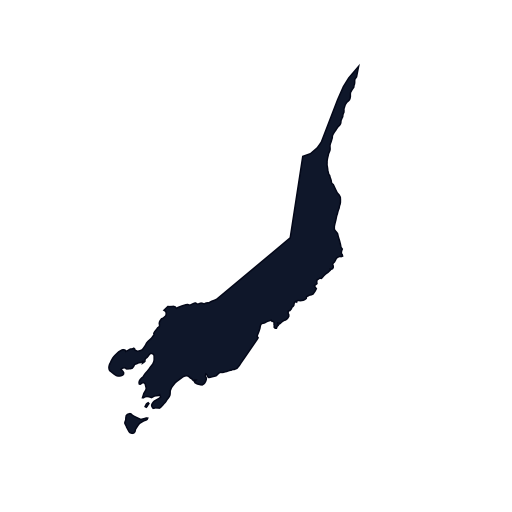 outline of Cândido Mendes, Maranhão, Brazil, rotated 209°
{"feature_id": "56859067B23777236022045", "entity_name": "Cândido Mendes", "entity_type": "district", "adm_level": 2, "iso_a3": "BRA", "parent_name": "Brazil", "parent_adm1": "Maranhão", "projection": "equal_earth", "projection_center": [-45.636, -1.694], "detail": "fine", "context": "isolated", "style": "filled", "palette": "ink", "viewbox_px": 512, "rotation_deg": 209, "n_neighbors": 0, "source": "geoboundaries", "source_scale": "gbopen_adm2", "svg_char_len": 6038}
<svg xmlns="http://www.w3.org/2000/svg" viewBox="0 0 512 512"><g transform="rotate(209 256 256)"><path d="M184.1,294.3L182.8,296.0L181.1,296.8L180.2,297.9L181.5,299.2L182.6,299.4L183.6,301.9L183.9,303.9L185.0,304.4L185.9,304.8L186.6,305.7L188.1,307.5L189.1,308.5L190.2,309.7L192.8,312.2L193.7,313.1L194.5,314.0L195.5,315.1L196.7,315.7L199.1,316.6L200.4,317.3L201.8,319.8L202.6,322.3L203.6,326.1L204.9,330.2L205.3,332.4L205.8,334.1L206.2,335.9L206.5,338.1L207.3,340.4L207.6,342.2L208.2,343.9L209.5,346.3L210.7,348.2L212.7,349.6L215.7,350.7L218.6,352.7L221.6,354.9L223.0,355.9L224.6,356.2L225.5,356.7L226.8,358.4L227.9,359.5L229.0,360.4L230.7,362.2L232.0,362.7L232.7,363.5L233.6,364.5L234.7,365.6L235.3,366.6L236.8,368.6L237.5,369.4L238.2,370.4L239.0,372.0L239.7,373.2L240.5,375.2L241.1,377.1L241.6,379.0L242.1,380.5L242.5,384.0L243.0,385.4L244.9,388.5L245.4,390.3L245.7,392.4L246.6,396.4L247.3,397.8L247.6,399.1L247.6,401.0L247.5,402.6L247.2,405.0L247.2,406.3L247.0,407.7L246.9,409.0L246.5,410.1L246.2,411.4L246.2,412.8L246.6,414.1L247.3,415.6L247.6,418.0L247.7,419.9L248.4,421.5L248.7,422.7L248.8,424.3L249.4,425.6L250.4,427.2L251.3,431.6L251.2,433.2L251.1,434.5L250.3,436.6L250.0,438.0L250.2,439.5L250.8,441.3L252.0,443.4L252.6,444.8L252.6,446.2L252.6,447.9L252.5,449.2L252.3,451.0L253.0,452.7L253.2,454.1L253.7,455.4L254.6,457.1L255.2,458.2L255.1,459.7L254.9,461.4L258.2,471.6L261.2,456.7L261.7,446.6L260.4,432.3L254.1,387.4L254.4,384.1L254.9,380.2L257.9,372.0L263.4,365.8L234.9,288.5L238.0,280.4L241.9,270.2L257.9,228.9L268.7,201.0L269.4,199.2L270.3,197.9L271.6,196.3L272.7,195.1L273.7,193.6L274.4,192.3L276.1,191.3L277.3,190.2L278.1,188.9L279.7,188.7L281.2,188.2L282.5,186.9L283.5,185.5L285.2,185.6L286.4,185.5L287.3,184.5L288.4,183.1L289.2,181.9L290.0,180.9L292.4,180.4L293.8,179.3L296.7,176.3L297.6,175.2L299.3,173.2L300.2,171.6L301.8,172.3L303.7,172.0L305.4,170.8L307.3,169.7L308.6,169.1L310.2,163.9L309.2,163.9L308.1,163.6L307.2,163.0L306.4,161.7L305.9,160.0L306.5,158.2L307.1,156.6L308.2,155.3L308.5,152.8L308.4,151.4L307.8,149.9L306.9,148.9L306.4,147.8L306.6,146.6L307.2,145.6L307.3,144.2L307.6,142.5L307.9,140.7L307.9,138.8L307.0,138.0L307.3,135.6L307.5,133.7L307.9,132.4L309.1,128.9L309.5,126.8L309.4,124.4L309.6,122.0L309.8,120.2L310.3,118.4L311.5,117.0L312.5,116.0L313.5,115.2L316.2,115.0L317.1,115.9L318.2,116.1L318.8,115.2L319.8,114.3L320.7,113.8L321.4,112.8L322.1,111.4L322.9,110.5L323.6,109.3L324.8,110.2L326.3,109.9L327.5,109.1L328.9,106.9L329.6,105.7L330.0,104.5L331.1,100.9L331.5,99.3L331.8,97.5L331.8,96.2L331.8,94.0L331.6,92.2L331.6,90.7L331.4,89.4L330.8,87.5L329.8,86.0L328.8,85.1L327.9,84.7L326.8,84.6L325.2,84.3L324.0,84.1L322.9,83.9L321.6,83.8L320.2,83.7L318.8,84.0L317.4,84.7L316.2,85.6L315.4,86.5L314.8,87.4L314.6,88.6L315.2,89.8L316.6,90.6L319.1,91.3L318.3,93.4L316.1,94.9L314.7,94.4L313.3,95.1L312.3,95.9L311.1,96.6L309.9,97.8L309.5,99.9L309.6,102.1L308.9,103.2L308.1,103.9L307.3,105.2L306.5,106.0L305.1,107.0L303.6,110.0L303.7,108.5L303.3,107.2L302.5,108.8L302.1,110.1L302.9,111.5L302.8,113.0L302.1,114.5L301.8,116.2L301.6,117.9L301.0,119.7L299.7,120.3L298.2,120.3L296.9,119.6L295.3,116.8L294.7,115.7L294.2,114.2L293.9,111.6L294.2,109.7L294.6,107.2L294.7,105.6L295.2,102.5L295.6,100.9L295.9,99.5L296.1,97.6L296.2,95.3L296.8,94.1L297.4,91.8L297.4,89.9L296.8,88.3L295.9,87.4L294.9,87.9L294.2,89.6L293.2,90.6L292.1,90.8L291.1,90.5L290.0,89.4L289.1,88.4L287.9,87.2L287.4,85.4L287.5,81.4L287.2,80.1L286.6,77.0L285.7,77.4L284.9,78.9L283.5,80.1L282.0,80.8L280.5,81.2L278.7,81.5L277.0,84.2L276.1,85.0L274.5,86.1L273.5,86.8L273.0,88.0L271.0,86.3L271.7,84.6L274.6,79.8L275.0,78.3L275.2,76.6L275.0,75.0L274.3,74.1L273.1,73.3L272.1,72.9L271.3,73.5L270.4,74.4L269.2,75.0L266.6,76.2L266.0,77.6L265.2,80.7L264.9,82.5L264.5,83.7L264.3,85.0L264.2,87.4L263.9,88.8L263.7,90.8L263.8,92.4L264.2,93.6L265.7,96.6L266.1,99.7L266.0,101.3L265.2,106.0L264.4,108.1L262.2,112.9L261.4,114.8L260.2,116.4L258.6,117.7L257.3,118.0L255.9,117.9L254.1,117.4L253.0,117.6L251.6,117.0L250.3,116.7L249.2,118.2L248.2,118.5L248.9,116.3L247.9,115.6L245.4,115.6L243.5,116.1L242.6,116.4L241.7,116.6L240.5,117.2L239.6,118.9L239.3,120.1L239.3,122.0L239.6,123.8L240.2,125.1L241.1,125.8L242.1,126.3L242.7,128.6L241.2,128.4L240.0,127.4L238.8,126.7L237.8,127.2L235.7,129.2L233.5,131.2L232.7,132.1L231.7,135.6L230.5,137.2L229.5,137.5L228.4,138.2L227.5,139.1L226.6,140.0L225.7,140.7L224.8,141.8L223.4,143.3L222.3,144.1L221.4,145.4L220.1,146.1L218.2,148.5L217.5,152.1L217.3,155.4L216.7,161.2L214.6,183.1L214.5,185.5L216.2,186.4L216.4,187.6L216.6,189.2L216.9,191.5L217.5,194.6L218.2,196.6L218.6,198.4L218.2,199.7L216.1,201.6L214.7,203.9L213.7,205.1L211.6,207.2L210.3,206.6L209.2,207.1L207.8,206.6L207.3,205.2L206.3,204.0L205.6,202.5L204.2,202.1L203.1,202.7L203.4,204.8L202.9,206.1L204.1,206.8L204.7,208.1L203.5,208.6L202.7,207.7L202.1,208.8L201.6,210.6L200.4,213.0L199.1,214.4L198.2,216.5L198.1,217.8L198.1,219.2L198.9,220.6L200.0,221.3L201.1,223.4L199.9,224.7L199.5,226.9L199.7,228.7L199.2,229.8L199.0,231.1L199.8,233.4L199.3,235.5L198.1,235.4L198.4,236.6L197.7,237.5L195.5,238.4L193.2,240.2L192.3,241.4L191.5,243.2L192.1,245.0L190.9,246.6L190.4,247.6L189.0,248.7L187.7,250.3L187.3,254.0L187.4,256.7L188.9,257.3L190.5,258.3L189.3,261.4L190.3,262.7L191.0,264.6L189.5,267.5L187.9,268.1L187.4,270.3L187.1,271.8L186.4,274.0L185.7,275.4L185.1,276.6L184.6,278.3L184.1,279.7L184.8,280.5L183.5,281.1L182.9,282.1L182.9,283.4L183.6,284.7L185.0,285.9L185.0,287.3L184.5,288.8L184.5,291.2L184.6,292.7L184.1,294.3ZM290.9,56.0L291.7,55.1L292.1,53.4L291.4,51.4L290.4,49.4L290.2,47.7L289.8,46.3L288.7,45.4L287.1,44.4L286.1,43.5L284.8,42.7L283.4,41.8L281.8,40.8L280.6,40.4L279.2,40.6L278.1,41.0L277.1,41.9L276.7,43.7L277.4,46.1L277.1,50.6L276.7,53.1L275.8,54.7L274.3,57.3L272.6,59.2L272.0,60.3L272.1,61.7L273.4,61.2L274.7,59.8L277.5,57.2L280.2,57.0L283.0,56.8L285.2,56.7L287.0,56.8L288.9,57.3L289.9,57.0L290.9,56.0ZM280.1,73.7L280.1,71.9L280.0,70.5L278.6,70.5L278.3,71.9L278.3,73.3L278.1,75.0L279.2,75.4L280.1,73.7Z" fill="#0f172a" stroke="#020617" stroke-width="1.5"/></g></svg>